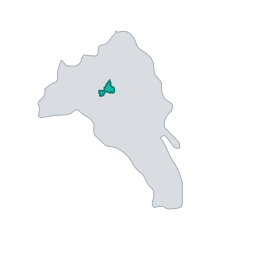 Bohechio, San Juan, Dominican Republic (highlighted), rotated 51°
{"feature_id": "3306468B96171292047706", "entity_name": "Bohechio", "entity_type": "district", "adm_level": 2, "iso_a3": "DOM", "parent_name": "Dominican Republic", "parent_adm1": "San Juan", "projection": "orthographic", "projection_center": [-71.007, 18.905], "detail": "fine", "context": "in_parent", "style": "filled", "palette": "teal", "viewbox_px": 256, "rotation_deg": 51, "n_neighbors": 0, "source": "geoboundaries", "source_scale": "gbopen_adm2", "svg_char_len": 4217}
<svg xmlns="http://www.w3.org/2000/svg" viewBox="0 0 256 256"><g transform="rotate(51 128 128)"><path d="M45.2,168.1L45.5,159.1L46.9,155.4L45.6,151.6L39.9,147.5L36.5,142.2L33.4,137.5L34.1,136.8L40.3,136.7L42.5,135.0L46.7,130.2L47.6,126.4L47.2,123.5L44.5,120.0L43.5,116.3L46.8,113.2L51.2,108.5L51.8,106.7L51.8,105.0L46.7,100.1L46.3,97.9L48.7,92.6L48.5,89.1L46.2,78.1L45.1,76.5L47.3,75.5L48.9,72.3L50.9,69.4L53.5,67.8L56.5,66.8L62.4,66.9L70.7,69.5L73.0,69.5L80.9,67.1L87.4,65.9L93.6,67.3L96.1,69.3L101.2,72.4L103.8,73.4L111.8,73.3L114.0,73.6L120.8,78.8L126.5,80.8L129.8,80.9L135.7,78.9L138.7,78.9L142.1,83.4L142.8,89.7L145.7,95.5L150.0,99.2L171.3,97.4L176.1,100.4L174.5,103.0L171.5,104.3L161.4,103.8L156.9,104.2L156.0,106.7L156.0,109.0L162.0,109.5L167.8,110.7L173.8,112.5L179.8,113.7L186.6,114.4L193.3,115.7L204.6,120.1L217.1,130.3L220.4,132.7L222.6,135.9L221.6,139.9L217.3,146.5L214.8,148.7L211.2,150.0L208.7,152.7L206.4,157.4L204.9,157.8L203.2,157.6L200.2,155.0L198.0,151.1L192.0,147.4L184.9,148.0L174.4,145.8L168.1,147.0L161.7,147.3L155.2,146.2L148.7,145.9L142.2,147.3L135.9,149.8L133.6,151.3L129.6,155.1L127.4,156.4L112.1,158.4L107.6,155.7L103.5,151.9L97.6,151.4L89.0,154.3L83.7,155.4L81.5,156.6L80.8,158.0L80.8,163.3L79.6,166.5L71.2,178.5L66.5,186.9L64.5,189.6L62.3,190.1L58.2,185.2L55.5,183.5L52.3,182.6L50.9,180.0L51.0,176.3L50.1,172.7L48.1,169.9L45.2,168.1Z" fill="#d9dde1" stroke="#a8b0b8" stroke-width="1"/><path d="M91.2,116.3L91.3,116.1L91.3,115.9L91.2,115.8L90.8,115.4L90.7,115.3L90.6,115.2L90.4,115.1L90.2,114.9L89.8,114.7L89.7,114.6L89.3,114.5L89.2,114.5L88.9,114.3L88.6,114.0L88.4,114.0L88.4,113.9L88.1,113.9L87.9,113.8L87.8,113.7L87.7,113.7L87.4,113.6L87.2,113.7L87.1,113.8L86.9,113.9L86.6,113.9L86.3,114.1L86.2,114.2L86.1,114.4L86.0,114.5L85.8,114.7L85.7,114.8L85.5,114.7L85.5,114.4L85.4,114.4L85.2,114.4L84.9,114.5L84.7,114.5L84.4,114.5L84.1,114.7L84.0,114.8L83.9,114.8L83.7,114.7L83.2,114.7L82.9,114.4L83.0,114.4L83.0,114.2L83.1,113.9L82.9,113.7L82.7,113.5L82.5,113.4L82.4,113.4L82.1,113.1L81.9,113.0L81.7,112.9L81.4,112.8L81.1,112.8L81.0,112.7L80.9,112.7L80.7,112.7L80.6,112.8L80.4,112.9L80.2,112.7L79.8,112.5L79.7,112.4L79.4,112.2L79.4,112.7L79.4,112.8L79.5,112.9L79.5,113.0L79.6,113.3L79.6,113.5L79.7,113.8L79.7,114.1L79.8,114.3L79.9,114.6L80.0,114.8L80.1,115.1L80.2,115.3L80.2,115.7L80.2,115.8L80.3,116.0L80.3,116.4L80.3,117.0L80.4,117.3L80.5,117.4L80.5,117.5L80.9,117.6L81.0,117.6L81.2,117.8L81.3,118.0L81.4,118.3L81.4,118.5L81.3,118.8L81.3,119.0L81.4,119.3L81.7,119.6L81.8,119.7L81.8,119.8L81.7,120.1L81.7,120.4L81.6,120.5L81.5,120.8L81.6,121.0L81.8,121.1L82.0,121.1L82.3,121.3L82.5,121.4L82.6,121.5L82.6,121.8L82.8,122.0L83.1,122.2L83.3,122.5L83.5,122.6L83.6,122.9L83.7,123.1L83.6,123.3L83.5,123.6L83.4,123.8L83.2,124.1L82.9,124.4L82.8,124.5L82.7,124.6L82.4,124.9L82.1,125.1L82.0,125.3L82.0,125.5L82.1,125.9L82.1,126.0L81.9,126.1L81.7,126.2L81.4,126.2L81.2,126.3L80.9,126.4L80.8,126.5L80.6,126.6L80.5,126.8L80.7,127.0L80.8,127.0L81.1,127.1L81.3,127.3L81.4,127.5L81.5,127.6L81.9,127.9L82.1,127.9L82.3,128.0L82.5,128.4L82.5,128.5L82.8,128.7L83.0,128.7L83.4,128.5L83.6,128.3L83.7,128.2L83.9,128.1L84.0,128.1L84.3,128.3L84.6,128.5L84.8,128.6L85.0,128.8L85.1,129.1L85.2,129.3L85.1,129.5L85.3,129.6L85.5,129.6L85.6,129.4L85.6,129.2L85.9,129.0L86.0,128.9L86.3,128.8L86.3,128.7L86.3,128.4L86.4,128.2L86.4,127.7L86.5,127.6L86.7,127.4L86.8,127.4L87.0,127.3L87.0,127.2L87.1,126.9L87.1,126.6L87.1,126.4L87.0,126.2L86.9,126.1L86.9,125.9L86.6,125.6L86.5,125.4L86.4,125.3L86.3,125.1L86.2,124.8L86.1,124.7L86.0,124.4L85.9,124.2L85.8,123.8L85.7,123.6L85.7,123.4L85.9,123.0L86.0,122.9L85.9,122.8L85.9,122.7L85.7,122.4L85.7,122.2L85.7,121.9L85.7,121.7L85.8,121.7L86.2,121.6L86.3,121.6L86.5,121.4L86.8,121.2L87.0,121.1L87.6,121.0L87.7,120.9L87.8,120.9L87.9,120.7L88.0,120.5L88.1,120.4L88.3,120.3L88.6,120.1L88.8,120.1L89.2,120.1L89.3,120.1L89.5,120.0L89.6,119.8L89.7,119.6L89.8,119.5L89.9,119.3L89.9,119.2L89.7,119.0L89.6,118.9L89.5,118.7L89.4,118.7L89.2,118.4L89.1,118.2L89.3,118.1L89.5,118.2L89.9,118.2L90.0,118.2L90.3,118.1L90.6,118.1L90.8,118.0L90.9,117.9L91.0,117.8L91.2,117.7L91.3,117.7L91.3,117.4L91.2,117.2L91.2,116.9L91.2,116.6L91.2,116.3Z" fill="#14b8a6" stroke="#0f766e" stroke-width="1.5"/></g></svg>